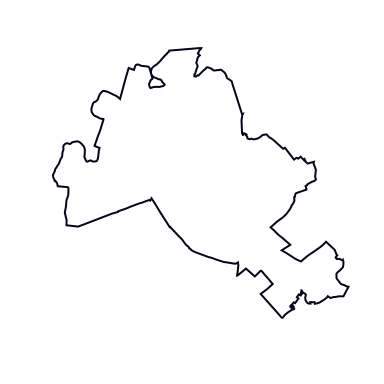 outline of Ipotesti, Suceava, Romania, rotated 257°
{"feature_id": "2599482B72683060143677", "entity_name": "Ipotesti", "entity_type": "district", "adm_level": 2, "iso_a3": "ROU", "parent_name": "Romania", "parent_adm1": "Suceava", "projection": "albers", "projection_center": [26.291, 47.622], "detail": "fine", "context": "isolated", "style": "outline", "palette": "ink", "viewbox_px": 384, "rotation_deg": 257, "n_neighbors": 0, "source": "geoboundaries", "source_scale": "gbopen_adm2", "svg_char_len": 5967}
<svg xmlns="http://www.w3.org/2000/svg" viewBox="0 0 384 384"><g transform="rotate(257 192 192)"><path d="M330.6,231.2L334.9,201.6L334.3,201.4L333.9,201.2L333.8,200.6L333.4,200.0L332.9,199.1L332.4,198.7L332.1,198.2L330.8,195.9L330.0,194.9L327.7,191.6L327.4,191.4L326.9,190.7L324.6,187.0L322.6,182.2L321.6,180.9L320.6,180.0L318.1,179.0L316.7,178.8L315.0,179.1L313.6,179.8L312.7,180.4L311.8,181.5L311.3,182.2L311.2,182.5L309.8,184.2L309.4,184.9L308.8,186.4L308.4,186.8L308.0,187.0L307.8,187.3L307.0,187.5L305.4,188.0L303.8,189.1L303.2,189.1L302.9,189.5L302.6,189.5L301.9,188.2L301.7,187.4L301.7,184.0L301.8,183.5L302.1,182.8L302.3,181.4L302.7,179.9L302.9,178.4L302.7,175.6L302.6,174.9L303.6,174.5L304.7,174.3L306.8,174.4L307.5,174.8L308.3,175.7L310.2,176.7L311.1,178.8L311.5,179.0L321.7,178.5L322.8,178.3L323.8,177.7L324.2,177.1L326.3,171.2L326.6,170.6L328.1,168.7L328.4,168.1L328.5,167.3L328.5,166.5L328.3,165.9L327.5,165.0L324.0,162.9L327.1,158.2L316.4,152.2L298.8,142.8L300.6,141.6L302.8,139.7L304.8,137.0L307.2,134.2L308.4,132.5L309.4,130.9L310.1,129.4L310.4,128.5L310.3,127.6L308.9,125.2L307.9,124.1L305.0,122.0L303.9,121.5L303.0,120.6L302.1,119.1L301.7,118.3L301.6,117.7L301.6,117.0L301.4,116.5L301.0,116.0L300.5,115.5L298.0,113.9L295.5,112.6L292.7,112.2L290.8,112.8L289.0,113.6L287.9,114.6L286.3,116.9L285.3,117.8L284.7,118.5L283.6,120.4L283.0,122.1L282.4,122.0L273.8,117.0L270.3,114.8L268.1,113.2L264.9,111.3L258.9,107.4L256.2,110.9L255.9,111.8L255.1,111.5L253.6,110.7L248.7,109.0L245.1,107.5L243.7,106.2L243.5,104.9L243.9,102.4L244.2,101.8L245.1,101.1L245.6,100.1L245.6,99.3L245.1,97.1L245.2,96.5L245.4,96.2L246.0,95.9L246.7,95.7L250.7,95.0L251.3,95.4L254.4,96.4L257.8,97.2L259.2,97.1L260.9,96.7L262.8,95.8L264.1,95.0L265.2,94.2L266.3,93.2L266.9,92.2L267.2,91.5L267.3,90.2L267.4,87.6L267.3,86.4L266.2,84.1L266.2,83.7L266.7,82.9L267.3,82.1L267.5,81.3L267.7,80.3L267.4,79.2L266.4,77.5L265.1,76.8L262.7,76.4L261.9,76.1L260.1,74.9L255.5,73.3L253.7,71.4L250.7,69.5L248.6,67.9L248.4,67.2L246.4,65.4L244.9,63.8L243.0,62.9L239.8,60.3L237.5,60.1L234.9,60.7L234.0,60.6L233.8,60.7L233.1,61.3L233.2,61.5L231.1,62.5L227.8,62.5L224.7,72.0L224.0,72.5L221.8,72.1L218.8,71.3L216.5,70.6L212.3,67.9L206.0,65.8L200.4,63.4L192.7,63.5L187.8,62.2L183.9,73.3L188.9,109.1L189.2,115.5L189.8,115.6L190.7,124.2L191.5,128.5L192.7,137.8L192.8,139.3L192.9,141.2L193.7,147.2L193.8,148.3L193.7,148.6L193.0,149.4L195.0,151.1L190.0,153.0L178.7,156.7L162.8,162.4L163.0,162.8L152.7,168.7L147.9,171.7L142.0,174.2L139.0,176.5L138.0,176.5L136.5,177.8L135.1,178.7L133.7,180.3L132.1,182.5L124.7,193.7L124.5,194.4L122.7,197.5L121.1,199.8L116.9,206.8L112.3,218.1L113.0,221.0L109.8,220.6L102.8,218.1L100.4,217.1L100.4,217.4L101.1,219.1L103.9,224.7L105.3,227.3L95.6,234.2L96.5,235.8L99.8,241.1L99.8,241.6L99.4,242.0L84.2,250.0L81.8,245.7L80.4,243.1L77.2,236.0L52.1,249.7L49.7,250.9L49.1,251.6L49.1,252.1L51.0,254.4L52.2,256.5L53.0,258.1L54.2,261.4L54.8,262.7L54.8,264.0L54.9,264.8L55.3,265.3L55.9,265.0L56.6,265.1L57.4,265.3L58.3,264.9L56.7,262.9L57.9,262.0L58.6,262.8L59.1,262.5L59.8,263.8L61.6,266.4L60.5,267.4L61.1,268.2L64.3,271.8L65.9,270.5L68.2,273.2L66.7,274.6L67.6,275.6L68.0,276.1L68.4,276.1L68.8,275.9L68.9,275.4L71.5,276.5L71.1,276.9L70.6,277.1L69.9,277.1L69.3,277.4L68.1,278.4L67.6,279.2L66.4,279.8L66.0,279.8L64.0,278.7L62.9,278.4L61.8,278.3L60.7,278.4L58.9,279.0L57.8,279.7L57.0,280.6L56.8,281.7L56.6,282.3L58.1,282.5L57.4,284.9L57.1,286.6L55.4,286.6L55.4,289.2L55.6,291.3L57.6,297.3L59.3,300.4L59.9,300.9L57.8,302.8L57.6,303.4L57.8,306.1L57.4,308.7L57.4,311.0L56.3,316.1L64.5,323.2L64.9,322.0L65.8,320.8L66.8,319.7L67.8,318.0L68.5,316.9L69.3,316.2L70.3,315.6L71.5,315.3L73.2,314.4L75.0,313.6L75.8,313.4L77.0,313.8L79.6,314.2L80.2,314.8L81.2,316.1L82.5,318.7L84.0,321.1L84.9,322.2L86.2,322.8L87.9,323.4L90.2,323.9L91.8,323.8L91.6,323.6L91.5,323.2L91.9,322.6L92.9,321.6L93.6,320.7L93.8,320.1L94.0,318.5L94.2,318.0L94.7,317.6L95.5,317.4L95.6,317.7L95.8,317.7L96.1,317.4L97.5,319.2L97.8,318.9L103.6,318.0L113.4,311.4L111.1,308.0L109.7,305.1L106.7,297.9L104.4,291.8L103.2,289.1L99.8,282.5L102.1,279.5L103.9,277.4L110.7,270.8L115.0,266.3L118.4,275.9L126.3,270.2L131.1,266.4L134.4,264.3L136.0,263.4L138.9,261.3L139.9,260.7L143.8,267.8L145.0,270.4L145.6,272.1L146.7,274.5L147.8,276.6L149.4,279.1L151.4,281.5L153.4,283.7L154.6,284.8L156.6,286.2L158.0,287.9L160.0,289.5L161.0,290.0L163.2,290.2L164.1,290.5L164.2,291.2L166.1,292.0L167.1,292.6L167.5,293.3L168.1,299.6L168.3,301.3L168.5,303.7L168.6,304.0L168.9,304.2L172.1,303.9L172.4,304.0L172.5,304.3L172.5,305.2L172.8,305.7L173.7,306.5L174.2,308.6L175.0,311.1L175.1,312.8L175.3,313.6L175.6,314.6L176.1,315.4L176.5,315.6L179.0,315.4L179.8,315.6L185.1,317.5L186.0,317.7L191.8,316.9L192.6,316.9L194.0,317.6L193.7,311.1L196.9,308.8L197.3,309.4L199.0,309.0L198.5,307.9L201.9,305.8L200.6,303.0L201.3,302.3L201.8,301.5L200.6,298.7L214.2,292.5L213.9,291.7L213.6,290.5L223.4,283.7L226.6,281.2L226.9,280.5L228.9,279.0L231.0,277.9L231.3,277.5L231.6,275.3L231.6,274.0L231.5,273.3L231.1,272.5L230.2,270.9L229.6,269.0L229.3,267.6L229.3,264.6L229.5,263.6L230.4,262.3L230.6,261.9L230.5,260.8L230.5,260.0L231.7,258.1L233.6,258.2L235.6,257.1L235.9,257.8L237.4,256.2L237.6,255.6L237.1,255.0L236.6,254.6L236.2,254.5L236.2,254.3L238.0,254.0L250.9,256.4L255.5,258.3L256.4,258.9L256.2,258.3L258.5,258.1L288.1,255.7L290.6,255.6L291.3,255.4L293.2,253.6L294.6,252.1L295.2,251.8L297.8,251.5L299.6,251.2L301.2,250.5L304.1,248.2L304.7,247.6L304.8,246.9L304.7,245.5L304.9,245.0L305.1,243.9L305.2,242.2L305.3,241.3L305.6,240.5L306.1,239.8L307.5,239.0L308.5,237.6L309.4,236.4L310.1,234.9L310.1,234.3L309.1,233.1L307.3,229.6L304.1,224.6L304.5,223.7L303.7,222.4L303.6,221.7L304.2,220.3L305.1,220.5L306.0,220.9L305.8,221.2L311.4,224.5L313.0,225.7L314.0,225.8L316.7,225.3L317.5,225.4L318.9,226.5L320.9,227.3L322.2,228.3L323.4,230.4L325.6,228.9L325.8,229.0L326.5,229.6L327.8,230.6L328.9,231.9L329.8,233.3L330.1,233.5L330.6,231.2Z" fill="none" stroke="#020617" stroke-width="2"/></g></svg>